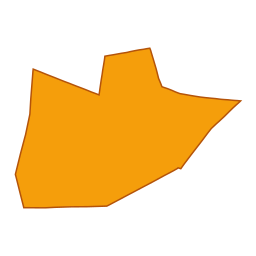 Peregu Mare, Arad, Romania
{"feature_id": "2599482B68506151114116", "entity_name": "Peregu Mare", "entity_type": "district", "adm_level": 2, "iso_a3": "ROU", "parent_name": "Romania", "parent_adm1": "Arad", "projection": "equal_earth", "projection_center": [20.934, 46.249], "detail": "fine", "context": "isolated", "style": "filled", "palette": "amber", "viewbox_px": 256, "rotation_deg": 0, "n_neighbors": 0, "source": "geoboundaries", "source_scale": "gbopen_adm2", "svg_char_len": 1506}
<svg xmlns="http://www.w3.org/2000/svg" viewBox="0 0 256 256"><path d="M106.8,206.1L108.0,205.5L109.4,204.8L112.0,203.4L124.8,196.6L141.8,187.6L153.0,181.7L164.0,175.7L170.7,172.2L173.5,170.7L177.7,168.3L178.1,167.8L180.8,168.7L184.3,163.8L187.7,159.3L192.1,153.5L201.7,141.1L208.0,132.7L211.3,128.5L216.5,123.6L219.0,121.4L220.7,119.8L222.9,117.8L224.5,116.3L229.6,111.2L233.0,107.9L235.7,105.4L239.6,101.9L240.6,100.9L237.5,100.6L234.2,100.4L230.8,100.1L228.0,99.8L224.9,99.6L221.0,99.3L215.6,98.6L211.1,98.2L205.1,97.6L200.0,97.0L195.0,96.2L190.7,95.5L185.2,94.5L179.9,93.6L175.6,92.0L171.8,90.3L167.7,88.7L166.8,88.4L163.8,87.4L161.9,86.7L161.2,84.8L160.3,82.5L158.6,78.5L157.3,73.3L156.1,68.7L154.7,64.0L154.2,62.3L153.1,58.6L151.5,53.3L150.6,50.2L149.8,48.2L146.6,48.7L143.5,49.3L139.1,49.9L134.8,50.7L130.3,51.6L127.5,52.3L125.9,52.6L121.3,53.3L116.9,54.1L112.5,54.9L109.9,55.3L104.9,56.2L104.4,60.1L103.6,65.0L102.7,70.3L102.2,74.0L101.3,79.4L100.6,84.1L100.0,88.3L99.4,92.6L99.0,94.9L97.8,94.4L95.2,93.4L91.1,91.9L89.0,91.0L85.0,89.4L81.1,87.9L77.1,86.4L73.0,84.8L69.0,83.2L64.9,81.7L58.6,79.2L54.4,77.5L50.0,75.8L45.7,74.1L40.8,72.1L38.0,71.0L33.2,69.1L33.0,70.6L32.8,73.1L32.5,77.1L30.8,98.7L29.9,114.1L25.5,135.0L24.9,137.1L20.6,153.3L15.4,174.3L15.4,174.5L15.5,174.9L15.6,175.4L15.7,175.6L16.4,178.3L20.4,194.3L23.0,204.5L23.6,206.9L23.8,207.7L26.5,207.7L27.5,207.7L41.8,207.8L45.3,207.8L55.1,207.3L71.4,206.8L87.0,206.7L106.8,206.1Z" fill="#f59e0b" stroke="#b45309" stroke-width="1.5"/></svg>